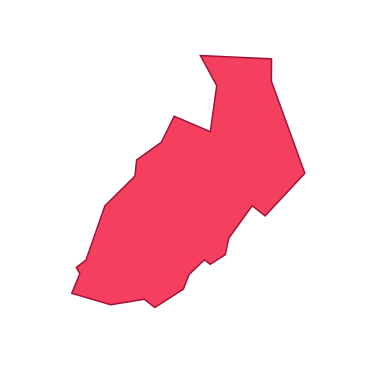 Mundri East, Western Equatoria, South Sudan (Equal Earth projection), rotated 38°
{"feature_id": "79223893B67918062022173", "entity_name": "Mundri East", "entity_type": "district", "adm_level": 2, "iso_a3": "SSD", "parent_name": "South Sudan", "parent_adm1": "Western Equatoria", "projection": "equal_earth", "projection_center": [30.696, 5.301], "detail": "fine", "context": "isolated", "style": "filled", "palette": "rose", "viewbox_px": 384, "rotation_deg": 38, "n_neighbors": 0, "source": "geoboundaries", "source_scale": "gbopen_adm2", "svg_char_len": 502}
<svg xmlns="http://www.w3.org/2000/svg" viewBox="0 0 384 384"><g transform="rotate(38 192 192)"><path d="M247.9,166.0L247.9,165.8L264.3,165.8L269.4,107.8L186.3,55.8L172.7,38.1L114.6,79.3L146.0,93.0L169.3,133.2L131.3,143.3L137.2,171.6L128.6,200.8L137.2,214.5L131.9,256.5L150.3,310.8L147.3,322.7L153.9,325.4L159.6,345.9L197.4,330.9L220.4,305.9L233.8,305.9L245.0,273.9L240.5,258.8L243.5,237.8L250.9,237.8L256.8,220.8L249.4,205.8L247.9,166.0Z" fill="#f43f5e" stroke="#9f1239" stroke-width="1.5"/></g></svg>